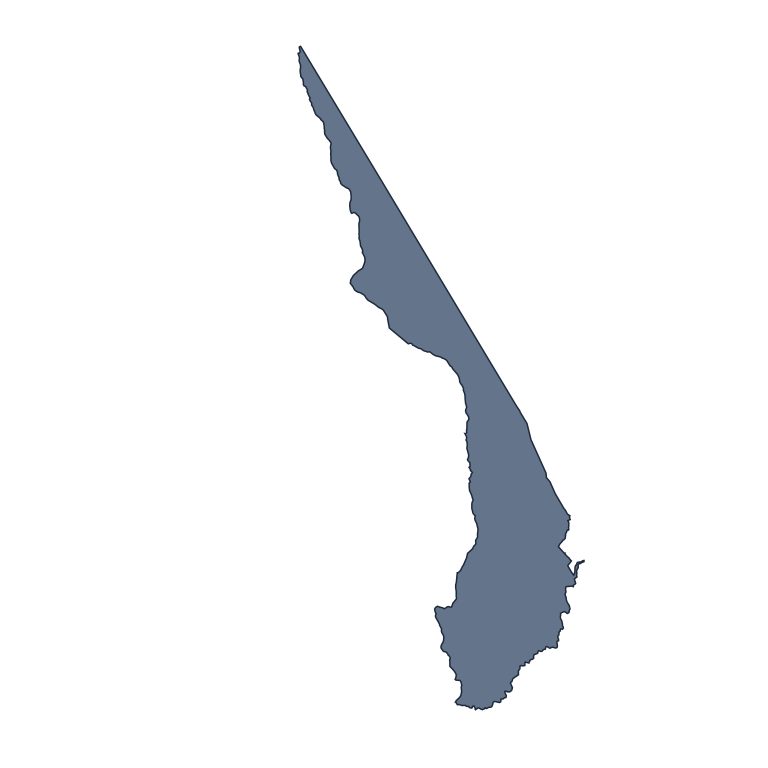 Alajuela, Alajuela, Costa Rica, rotated 329°
{"feature_id": "36466004B67061549070759", "entity_name": "Alajuela", "entity_type": "district", "adm_level": 2, "iso_a3": "CRI", "parent_name": "Costa Rica", "parent_adm1": "Alajuela", "projection": "equal_earth", "projection_center": [-84.238, 10.164], "detail": "fine", "context": "isolated", "style": "filled", "palette": "slate", "viewbox_px": 768, "rotation_deg": 329, "n_neighbors": 0, "source": "geoboundaries", "source_scale": "gbopen_adm2", "svg_char_len": 6145}
<svg xmlns="http://www.w3.org/2000/svg" viewBox="0 0 768 768"><g transform="rotate(329 384 384)"><path d="M486.5,205.7L486.4,51.6L485.2,51.4L484.5,52.2L483.8,54.8L482.9,56.3L482.0,56.7L480.8,56.3L480.4,56.9L479.7,60.5L477.5,63.6L476.9,67.2L475.2,70.2L473.8,71.6L472.3,74.7L471.8,76.3L471.1,77.3L471.1,78.7L471.6,80.5L470.3,83.8L469.0,86.0L469.1,87.4L469.9,88.4L469.9,92.5L468.6,93.9L468.6,95.7L468.2,96.4L467.9,101.0L467.0,101.4L466.7,101.8L466.5,103.2L466.7,105.5L466.5,106.2L465.6,107.7L465.8,110.3L464.9,113.5L464.9,115.0L464.4,116.5L464.5,118.7L466.1,123.3L466.1,125.1L467.0,128.0L465.6,132.2L464.5,133.9L463.8,136.0L462.7,137.5L461.9,139.6L462.0,144.5L462.6,146.7L462.6,148.3L462.9,148.7L462.6,150.5L459.9,153.6L458.4,157.2L456.6,159.6L456.0,161.2L453.5,165.2L452.8,167.7L452.6,173.8L453.4,175.8L453.4,177.9L452.3,180.2L451.6,184.1L450.8,185.8L450.8,188.1L450.3,189.8L450.3,190.6L450.6,191.2L450.6,191.8L453.1,196.9L454.3,198.3L454.5,200.1L454.4,202.2L452.0,207.2L450.3,209.4L448.5,210.7L446.5,213.4L444.6,217.6L444.1,220.0L444.2,221.0L446.5,221.5L447.5,222.7L448.8,227.6L448.2,229.7L447.1,231.7L445.1,233.6L441.6,239.9L439.6,242.9L439.2,244.0L437.5,246.4L437.0,249.2L435.0,253.6L434.9,256.5L434.3,258.9L434.0,259.5L433.2,259.9L432.8,265.4L431.4,268.3L429.3,270.5L425.1,273.8L420.4,273.8L413.6,275.2L408.9,277.8L408.1,279.1L407.0,280.1L407.5,284.8L407.3,286.7L407.4,288.8L408.7,291.5L410.8,293.7L412.7,297.3L413.0,298.9L413.0,301.6L413.5,304.1L417.1,310.7L418.9,315.6L420.7,318.4L421.5,320.4L421.6,328.1L420.5,330.4L417.4,338.8L425.5,362.0L427.8,362.8L428.2,363.2L428.7,364.1L428.6,365.4L429.4,366.4L431.9,370.9L434.1,373.2L434.9,375.5L437.8,379.0L439.9,380.1L441.5,384.3L442.7,386.3L446.8,390.4L447.0,391.4L448.6,393.3L449.9,395.9L450.0,402.4L450.9,404.4L450.7,406.2L452.0,414.1L451.5,417.8L450.0,421.3L449.9,423.3L450.1,424.3L450.1,426.9L449.7,429.0L448.8,430.2L448.3,433.3L447.3,436.1L446.3,437.7L444.0,442.5L443.2,445.9L442.6,446.8L440.6,448.3L439.8,449.7L439.6,451.2L439.4,451.3L439.6,452.1L439.6,455.3L439.0,457.3L438.4,458.1L435.9,459.2L435.1,460.0L432.4,464.5L430.7,466.4L430.4,467.3L429.8,468.4L428.2,468.6L427.8,468.2L427.6,471.9L426.6,473.4L425.5,474.2L425.4,476.2L423.8,479.4L421.9,481.8L420.1,488.3L418.2,490.9L416.9,491.5L416.6,491.9L416.5,492.8L417.0,495.8L415.3,499.1L414.1,499.1L413.9,499.3L414.1,501.8L413.6,502.5L413.5,503.0L413.9,503.4L414.1,505.5L412.4,506.1L410.7,508.0L408.0,509.0L407.6,512.4L406.0,512.8L405.3,513.8L405.1,514.7L404.4,515.3L402.4,519.5L402.1,523.0L401.5,526.0L401.2,526.6L400.7,529.3L398.5,530.9L397.5,532.1L395.2,535.9L393.7,540.8L394.2,544.1L392.6,545.9L392.0,547.3L391.5,552.0L390.9,553.2L390.0,556.5L388.5,558.8L387.0,560.5L385.4,563.3L384.3,564.2L382.3,565.0L381.5,566.0L381.1,567.4L379.7,568.7L377.5,569.2L374.9,570.9L368.4,572.2L365.2,575.6L358.6,580.3L357.3,580.8L353.7,583.2L350.3,584.0L349.6,583.5L343.8,591.3L342.0,593.1L340.5,595.6L339.0,599.2L336.6,603.1L335.9,604.8L335.2,605.6L330.1,607.4L327.6,609.6L326.4,609.8L324.4,607.8L323.4,607.6L320.1,607.8L318.6,605.6L317.2,604.3L315.4,602.1L313.1,602.1L311.4,603.1L310.4,606.1L310.4,607.7L309.0,608.8L308.2,610.3L307.9,618.2L307.4,619.6L307.2,623.6L306.1,625.0L305.5,626.9L305.5,629.2L305.1,631.4L303.4,634.0L301.7,635.7L299.2,637.0L297.5,638.5L296.9,640.0L297.1,643.2L297.5,644.1L298.9,645.4L299.5,647.0L299.6,648.6L299.3,649.3L299.8,650.7L299.8,652.6L299.3,653.6L298.8,653.7L298.0,654.5L297.2,656.5L295.2,659.6L295.2,661.1L295.5,661.6L296.4,666.5L296.3,670.3L294.5,672.6L292.9,673.7L293.1,674.8L296.5,677.3L296.5,679.1L295.6,682.1L294.0,683.8L292.1,687.7L289.5,690.5L287.4,691.6L282.8,692.6L281.5,693.4L281.7,693.5L281.7,696.7L283.4,697.5L285.3,699.8L287.9,701.2L289.0,703.1L290.1,703.6L290.7,705.4L291.3,706.2L292.3,706.9L292.8,706.9L293.9,705.9L295.2,706.3L295.3,708.5L294.6,709.9L294.7,710.3L297.6,710.1L298.7,710.7L299.3,712.1L300.5,713.8L302.7,714.1L303.9,713.6L304.3,713.9L304.4,714.7L304.8,715.0L307.4,715.1L309.2,716.1L310.3,716.0L311.6,715.1L313.5,713.2L314.9,712.9L315.7,713.4L318.9,716.5L320.1,716.6L320.7,716.3L321.2,715.3L322.2,714.3L323.8,715.3L325.7,715.0L326.8,715.5L327.4,715.3L328.4,714.0L328.6,711.1L329.2,709.8L330.2,710.0L331.1,711.3L333.0,712.6L334.5,712.6L336.0,712.1L337.7,710.4L338.3,705.9L338.6,705.2L340.4,704.9L342.7,702.9L349.5,702.5L351.3,699.3L353.8,698.1L355.3,695.8L356.4,695.9L357.9,697.2L359.8,697.8L361.4,695.2L361.8,695.1L364.5,697.8L367.2,695.9L368.4,696.0L369.3,696.4L370.9,696.3L372.0,694.5L373.1,693.3L376.9,694.0L378.6,692.4L379.3,692.3L380.4,693.7L381.6,694.5L383.6,693.9L384.5,693.9L385.6,694.4L387.5,692.7L387.9,692.7L388.6,693.1L389.9,695.7L390.5,696.0L392.6,696.2L395.4,698.9L396.7,698.9L397.9,697.6L399.0,694.7L400.0,693.6L401.4,694.0L402.2,692.6L402.4,691.1L402.9,689.9L404.7,689.1L406.3,686.8L407.8,686.5L409.0,685.1L409.6,685.1L410.7,686.2L412.1,685.5L412.5,684.7L412.5,683.2L413.4,681.5L414.4,678.5L414.5,675.9L415.4,674.1L416.5,673.0L417.1,671.6L418.8,671.5L421.7,672.1L422.8,674.9L423.3,675.3L425.4,674.8L425.8,673.8L427.6,672.6L428.7,669.3L428.6,665.1L429.3,662.5L430.2,660.7L430.5,658.6L431.3,657.0L432.8,656.1L434.0,653.3L435.2,651.7L436.3,651.8L440.3,653.7L441.2,654.3L441.8,655.2L443.2,653.9L445.2,653.9L445.6,653.6L446.7,649.3L448.1,648.9L450.0,648.8L450.6,647.1L451.9,645.5L452.5,644.0L453.4,642.9L456.0,641.4L457.0,639.4L457.8,638.7L458.7,638.6L460.1,639.1L461.2,638.8L463.8,639.3L464.4,638.8L464.5,638.2L462.6,637.8L461.5,638.1L459.1,636.9L457.7,636.6L456.0,637.9L454.3,638.5L452.8,640.3L451.1,643.0L449.4,644.8L448.2,645.5L447.8,641.9L447.9,634.7L448.2,634.2L453.5,632.2L453.1,630.4L453.0,628.5L452.2,626.2L451.5,622.5L452.1,622.2L451.8,621.9L451.3,621.8L449.7,613.4L452.3,611.7L456.0,610.6L457.1,610.0L457.9,610.2L459.8,609.6L460.8,608.5L461.5,607.2L461.9,607.1L462.5,605.8L464.0,605.2L465.5,603.7L466.1,603.8L466.6,604.2L467.2,603.8L467.4,603.9L468.5,601.7L469.2,601.0L470.7,598.5L471.1,597.6L471.2,595.8L473.8,596.1L473.9,595.0L474.8,593.1L475.5,592.8L474.2,589.8L474.5,585.5L474.1,583.7L474.3,566.2L475.9,553.3L475.0,548.0L477.0,543.7L481.3,507.4L486.2,491.6L486.2,478.6L486.5,476.7L486.2,470.9L486.5,205.7Z" fill="#64748b" stroke="#1e293b" stroke-width="1.5"/></g></svg>